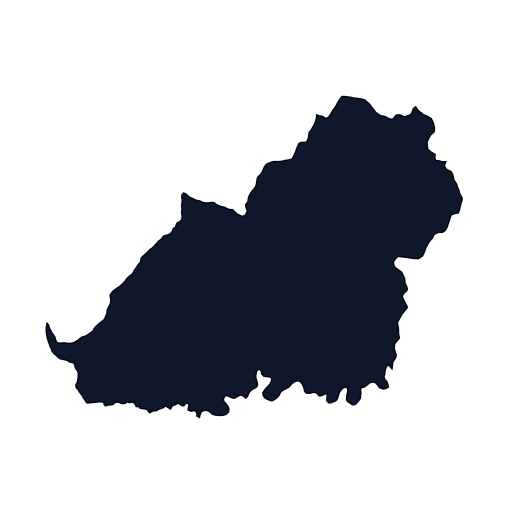 outline of Tupaciguara, Minas Gerais, Brazil, rotated 104°
{"feature_id": "56859067B46869230194574", "entity_name": "Tupaciguara", "entity_type": "district", "adm_level": 2, "iso_a3": "BRA", "parent_name": "Brazil", "parent_adm1": "Minas Gerais", "projection": "albers", "projection_center": [-48.725, -18.573], "detail": "fine", "context": "isolated", "style": "filled", "palette": "ink", "viewbox_px": 512, "rotation_deg": 104, "n_neighbors": 0, "source": "geoboundaries", "source_scale": "gbopen_adm2", "svg_char_len": 6078}
<svg xmlns="http://www.w3.org/2000/svg" viewBox="0 0 512 512"><g transform="rotate(104 256 256)"><path d="M332.5,96.8L329.1,97.2L326.1,97.7L321.6,96.1L318.1,96.0L312.6,99.5L307.6,100.3L301.0,97.0L296.7,99.0L291.6,100.4L286.4,102.8L277.3,100.4L271.9,97.9L269.1,96.7L260.2,104.4L257.2,104.0L253.1,101.3L250.9,101.3L246.0,105.0L241.6,106.5L236.4,110.9L234.9,114.9L233.2,118.8L229.7,121.2L227.1,120.9L224.2,119.6L221.9,118.1L220.0,101.4L219.2,97.8L215.9,94.6L211.7,93.7L206.2,93.1L200.2,91.4L195.7,89.2L192.3,88.6L190.1,86.4L188.8,84.6L188.0,81.0L185.6,78.8L181.9,77.6L168.7,76.6L166.8,73.5L165.2,70.1L162.4,69.8L154.9,69.9L152.2,69.6L149.8,70.1L145.6,73.9L143.0,75.1L140.5,77.2L137.6,78.9L134.8,82.1L128.9,85.2L127.1,87.1L126.5,89.0L126.2,91.3L125.1,93.1L122.9,95.1L118.7,94.7L119.6,98.0L119.4,102.6L120.3,104.4L117.7,106.3L114.2,106.7L112.5,112.1L110.7,115.3L104.0,117.7L96.5,116.0L92.3,113.2L88.5,113.8L84.0,116.2L80.3,119.2L78.9,124.0L78.3,128.1L75.2,134.5L72.6,137.2L74.6,138.8L80.1,139.5L82.2,140.9L83.5,143.2L85.2,145.5L84.6,148.2L84.2,150.6L85.4,154.0L87.6,155.1L90.1,156.2L90.8,158.8L90.2,162.0L89.5,164.2L89.5,166.5L89.7,169.0L88.8,172.0L87.4,175.0L85.7,176.9L84.1,179.1L82.5,181.0L80.8,183.2L79.8,185.4L78.4,187.9L78.2,191.9L78.5,194.9L78.8,197.3L79.1,199.7L79.1,202.6L79.8,208.3L80.5,211.1L83.1,212.3L85.2,213.1L92.8,215.2L95.3,216.3L98.0,217.2L101.1,218.1L103.7,219.2L105.2,220.5L105.6,222.5L104.7,224.4L104.5,226.7L104.8,228.9L104.4,231.2L107.6,230.7L112.8,230.9L115.4,231.5L118.1,232.3L120.8,233.0L123.3,234.2L126.1,234.0L128.9,233.7L131.2,234.0L133.2,234.5L134.1,236.2L134.7,239.2L136.1,241.3L138.2,241.9L140.6,242.3L145.7,242.8L150.7,243.7L153.2,244.5L155.3,248.2L156.3,251.1L157.8,253.5L158.9,256.7L160.2,261.8L161.2,263.7L162.4,265.4L163.6,267.0L165.0,268.4L167.4,269.3L169.5,269.7L172.0,270.0L174.1,270.6L176.0,271.4L177.9,272.7L180.2,273.5L186.1,273.0L188.1,273.0L190.1,273.6L192.8,274.9L195.7,276.2L200.1,277.3L202.3,277.3L204.6,276.9L206.8,277.6L208.8,278.5L211.5,277.3L214.0,275.4L216.8,275.5L219.3,276.5L220.9,278.8L220.4,281.8L219.9,284.5L216.7,290.1L217.4,292.3L217.1,295.3L216.3,298.6L216.5,301.8L216.1,304.9L215.5,307.5L214.5,309.4L214.7,312.0L216.0,314.8L216.8,318.1L216.8,321.6L216.2,323.9L216.4,326.7L216.1,329.3L215.5,331.7L215.2,334.1L214.5,336.2L212.9,338.6L212.4,341.5L214.6,342.6L217.1,342.2L219.3,341.2L222.3,340.6L225.4,340.3L228.6,339.0L231.0,338.9L233.1,338.2L235.0,337.3L236.8,336.9L239.0,337.1L241.1,338.1L242.7,340.3L245.0,340.9L247.8,341.1L249.1,342.8L252.0,343.0L254.8,344.2L256.7,346.3L258.2,349.2L259.5,350.8L261.6,351.4L263.6,352.8L265.5,354.4L267.7,355.3L269.5,356.4L271.5,357.4L273.5,358.7L275.2,360.3L277.3,361.4L279.7,362.9L281.6,364.2L283.5,365.6L285.5,366.7L287.4,366.7L290.0,366.5L292.0,367.7L293.9,368.5L295.9,369.1L298.7,370.4L301.3,371.0L303.7,371.8L305.7,373.5L307.5,374.7L309.3,376.0L311.6,376.6L313.2,377.6L315.0,378.5L317.0,379.8L318.6,380.9L320.1,382.5L324.7,386.2L327.1,387.3L329.5,388.1L333.4,386.3L336.0,385.8L338.7,385.9L341.2,386.7L344.5,387.3L347.5,386.7L350.2,387.1L352.4,387.4L355.1,388.3L359.2,391.7L361.6,393.2L363.4,394.5L365.8,395.5L368.2,395.8L371.6,398.9L373.5,400.4L375.5,402.8L376.8,405.2L378.2,406.5L380.7,408.1L384.4,412.1L385.6,414.6L386.2,416.9L386.5,419.1L386.7,421.2L387.7,424.0L388.3,426.4L387.8,428.7L385.8,430.3L383.5,431.5L381.6,433.3L379.7,435.7L375.6,439.3L373.2,440.6L371.9,442.4L375.9,442.2L379.0,441.5L382.2,440.4L387.0,438.1L389.2,436.7L391.6,435.1L393.9,433.6L395.5,432.0L397.4,431.1L399.3,428.8L400.7,425.8L401.9,423.8L403.0,421.3L402.9,416.4L402.9,413.8L403.8,411.8L403.8,409.2L403.9,406.6L405.9,405.3L408.4,404.0L410.2,401.8L411.9,400.4L413.7,399.8L416.2,399.2L419.4,398.9L421.9,398.8L424.6,399.6L427.1,398.7L428.1,396.9L430.1,395.1L431.7,393.0L433.4,390.8L435.5,389.1L437.2,387.0L439.4,384.7L438.9,382.3L437.8,379.7L436.5,375.8L435.4,372.9L434.9,370.8L434.6,368.5L436.5,367.5L437.8,365.9L436.5,363.7L435.6,361.2L434.6,358.8L432.4,357.6L431.0,354.6L431.3,352.5L431.5,349.9L430.6,347.4L428.7,345.9L428.8,343.1L427.5,340.6L428.3,338.0L431.1,335.7L430.3,333.8L431.5,332.2L431.6,329.9L431.3,327.2L431.1,324.9L433.8,321.2L431.3,318.7L430.3,315.5L428.0,313.1L425.8,309.6L423.3,307.5L424.2,304.7L425.1,302.0L421.4,301.0L419.9,298.4L417.5,296.0L418.2,293.8L419.1,291.8L418.7,289.7L416.0,288.6L415.2,286.3L416.7,284.9L419.1,284.9L421.8,284.6L422.3,281.5L420.7,278.5L421.4,276.5L423.3,275.1L425.6,274.6L426.2,271.9L423.1,271.9L420.3,271.4L418.5,269.0L417.7,266.7L417.9,264.0L418.9,262.1L420.0,259.9L420.2,257.1L419.6,253.2L418.7,249.9L416.9,246.7L414.0,245.0L411.0,245.3L408.9,246.7L406.9,249.1L405.4,251.4L403.8,252.9L401.1,252.9L398.3,251.7L398.7,248.5L399.3,245.2L399.3,242.8L397.7,240.9L396.0,239.3L394.5,237.2L395.0,234.1L396.3,231.6L394.5,230.4L392.6,230.1L390.5,229.8L388.3,228.9L385.7,226.8L384.0,224.7L382.4,223.6L380.1,223.5L378.4,224.3L376.3,225.6L373.9,226.9L371.9,227.4L370.0,227.5L367.0,227.6L364.9,225.3L366.2,223.0L369.0,222.0L370.8,219.1L370.0,213.5L370.5,211.4L373.1,210.6L375.8,211.1L377.6,211.8L382.5,214.5L384.8,215.5L387.0,216.2L389.2,215.5L391.3,213.4L392.2,210.6L392.6,208.1L392.6,205.6L390.7,203.2L388.4,201.4L385.5,199.9L383.3,199.5L381.3,198.8L379.1,196.7L377.0,194.5L375.6,192.7L373.6,191.5L371.1,190.3L368.6,188.2L367.2,185.8L366.7,183.4L368.5,180.8L370.9,178.6L372.7,177.3L375.1,176.3L376.8,174.3L376.4,171.7L375.7,169.7L374.6,167.8L373.9,165.3L374.9,163.0L376.5,160.7L375.3,158.2L373.1,155.7L372.6,153.3L375.4,153.0L379.3,152.2L380.8,150.1L380.4,148.2L378.9,145.9L377.0,143.4L374.6,142.5L371.6,142.4L368.7,142.2L365.8,141.3L363.2,139.8L361.3,137.2L362.3,135.1L364.4,134.3L366.7,134.1L368.8,134.1L373.5,133.4L375.1,131.8L377.0,126.2L375.9,123.7L374.2,122.8L371.3,121.2L368.7,120.4L365.7,120.9L363.3,121.1L361.2,122.1L358.4,122.2L356.7,119.0L354.0,116.8L351.9,115.4L350.4,113.4L349.7,110.5L350.4,108.6L351.8,106.7L353.7,104.5L354.1,102.2L354.1,99.8L352.8,97.6L351.0,95.9L348.4,97.2L346.3,98.8L344.7,101.1L342.3,102.7L339.8,102.5L337.1,103.0L334.4,103.0L331.8,102.7L329.4,101.7L330.6,99.5L332.5,96.8Z" fill="#0f172a" stroke="#020617" stroke-width="1.5"/></g></svg>